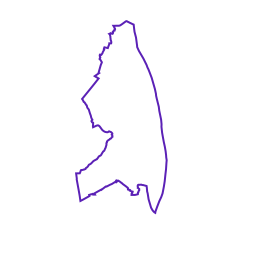 the district of Thot Not, Can Tho, Vietnam, rotated 36°
{"feature_id": "81297802B2345271224879", "entity_name": "Thot Not", "entity_type": "district", "adm_level": 2, "iso_a3": "VNM", "parent_name": "Vietnam", "parent_adm1": "Can Tho", "projection": "orthographic", "projection_center": [105.542, 10.239], "detail": "fine", "context": "isolated", "style": "outline", "palette": "violet", "viewbox_px": 256, "rotation_deg": 36, "n_neighbors": 0, "source": "geoboundaries", "source_scale": "gbopen_adm2", "svg_char_len": 5353}
<svg xmlns="http://www.w3.org/2000/svg" viewBox="0 0 256 256"><g transform="rotate(36 128 128)"><path d="M132.4,215.0L133.6,212.6L136.8,205.7L135.9,205.0L137.1,203.3L137.4,203.0L137.6,202.9L137.8,202.6L138.0,202.2L138.3,202.2L138.5,202.4L138.7,202.5L138.9,202.4L139.3,202.1L139.5,202.0L140.4,201.3L139.2,200.8L140.8,197.3L142.7,193.3L142.9,193.4L144.4,188.4L144.5,188.3L144.9,188.2L145.0,188.1L145.1,187.7L145.3,187.6L145.5,187.2L146.7,184.7L147.9,182.7L149.5,178.7L149.8,178.9L149.8,179.0L150.2,179.0L150.4,178.9L150.5,178.6L150.5,178.4L150.1,178.5L150.0,178.4L149.9,178.3L149.8,178.0L149.5,177.9L149.3,177.6L149.3,177.4L149.5,177.1L150.2,177.0L150.9,176.4L151.1,176.3L151.5,176.4L152.1,176.2L152.5,176.2L153.2,176.2L154.1,176.2L155.0,176.3L155.5,176.2L155.8,176.2L156.5,176.4L157.0,176.4L160.4,176.4L162.5,176.5L163.0,176.5L163.3,176.8L163.6,176.9L163.8,177.1L163.8,177.5L164.2,177.8L164.7,177.6L165.9,177.0L166.1,177.0L166.2,177.4L166.3,177.6L167.6,177.3L168.4,177.1L169.2,176.7L169.3,176.8L169.4,177.6L169.5,177.8L169.3,178.0L169.5,178.3L169.6,178.5L169.5,179.0L170.2,180.1L172.4,178.5L172.8,178.2L173.5,177.5L174.9,175.8L174.6,175.2L174.2,174.8L174.1,174.5L174.0,174.3L174.1,174.0L174.1,173.8L174.1,173.7L173.9,173.4L173.7,172.9L173.7,172.2L173.7,171.8L173.6,171.7L173.4,171.5L173.3,171.3L173.1,170.9L172.9,170.7L172.7,170.7L171.8,170.7L171.3,170.7L171.1,170.7L171.0,170.2L170.8,170.0L170.0,169.4L169.8,169.0L169.7,168.8L169.6,168.2L169.8,167.8L170.3,167.5L170.8,167.1L171.6,166.4L171.9,166.1L172.9,165.8L173.3,165.6L173.9,165.2L174.5,165.0L177.1,164.0L178.3,165.2L180.8,168.1L182.3,169.3L186.6,173.6L193.5,178.9L196.1,180.1L197.6,180.5L199.0,180.7L199.9,180.6L199.3,179.4L197.9,174.6L196.3,168.6L195.5,164.4L194.4,160.6L191.5,154.4L189.1,149.7L187.5,146.9L185.3,143.1L183.0,139.0L179.7,133.8L178.2,131.3L176.2,129.3L174.7,127.5L172.1,124.7L168.8,121.5L165.2,118.3L161.0,114.3L158.4,111.8L154.4,107.4L152.9,105.2L149.9,101.8L143.2,95.7L140.4,92.7L134.2,87.5L131.8,85.4L130.6,84.0L126.8,80.6L117.7,73.5L112.5,70.1L109.8,68.4L108.2,67.6L106.0,66.1L99.7,62.8L91.5,59.2L87.8,57.1L87.1,56.2L81.3,50.1L76.8,46.4L75.0,44.5L71.8,41.0L70.5,41.3L68.7,41.6L67.3,41.9L66.1,42.0L65.5,42.2L64.3,42.3L64.0,42.5L63.8,42.6L63.5,43.2L62.2,47.3L61.5,49.2L61.1,50.0L60.8,50.3L60.4,50.7L56.1,53.9L58.7,55.1L58.7,55.3L58.8,55.4L59.3,55.5L59.5,55.7L59.5,55.9L59.4,56.4L59.4,56.5L59.5,56.6L59.8,56.8L59.9,57.0L59.7,57.2L59.4,57.2L59.3,57.3L59.2,57.4L59.2,57.5L59.5,58.9L59.2,59.1L59.2,59.3L59.3,59.4L59.8,59.5L60.0,60.0L60.2,60.5L60.1,60.9L59.8,61.1L59.2,61.3L58.5,61.7L58.4,61.7L58.2,61.6L57.9,62.2L57.5,62.9L58.4,63.0L58.6,63.1L59.2,63.8L59.7,64.1L60.0,64.4L60.7,65.3L61.2,65.8L61.7,66.3L61.9,66.6L62.2,67.0L62.3,67.1L62.7,67.2L63.8,68.1L64.0,68.3L64.2,68.6L64.6,69.4L63.6,70.2L63.1,70.5L63.6,71.3L64.3,74.0L64.7,75.2L61.5,76.6L61.7,77.5L62.1,78.5L62.7,78.6L63.0,81.4L63.4,82.6L63.4,84.1L63.2,84.2L63.0,84.4L63.0,84.6L63.2,85.0L63.0,85.4L62.8,85.4L62.4,85.2L62.2,85.2L62.2,85.3L62.3,85.5L62.4,85.8L62.7,86.2L63.1,86.5L63.4,86.8L63.5,87.0L64.0,87.1L64.2,87.3L64.3,87.8L64.3,88.0L64.3,88.3L64.4,88.5L64.4,88.8L64.5,88.9L64.6,89.0L64.8,88.9L65.3,89.0L66.0,89.2L67.3,89.8L67.6,89.9L68.1,90.1L68.3,90.3L68.9,92.9L69.8,95.4L71.8,100.8L72.3,100.7L70.6,105.6L70.9,105.6L75.1,105.2L74.7,114.7L73.8,131.5L74.4,131.7L75.2,132.0L75.7,132.2L76.2,132.6L76.8,132.9L77.0,132.9L77.3,132.8L77.7,132.8L77.9,132.8L78.4,133.1L79.1,133.2L79.6,133.5L79.9,133.7L80.1,133.8L80.7,133.9L81.1,133.9L81.5,134.1L82.4,134.9L83.1,135.4L83.4,135.5L83.8,135.7L85.1,136.0L85.4,136.1L88.3,138.3L89.0,138.8L90.4,139.7L90.8,140.0L91.9,141.0L92.5,141.4L93.0,141.7L93.4,142.0L93.6,142.1L94.1,142.1L94.3,142.2L94.4,142.3L94.3,143.6L94.4,143.9L94.5,144.0L95.3,144.3L95.6,144.5L95.8,144.5L96.4,144.2L96.6,144.2L96.8,144.3L98.0,146.2L98.2,146.6L98.6,147.2L99.3,147.9L100.8,145.2L101.4,144.3L101.8,143.8L102.4,143.4L103.0,143.3L103.5,143.3L104.2,143.4L105.8,143.9L107.0,144.3L108.3,144.7L109.4,144.8L110.3,144.8L111.3,144.7L112.0,144.5L112.9,144.1L113.6,143.7L114.0,143.4L114.2,143.1L114.4,142.5L114.6,141.9L114.9,141.7L115.2,141.7L115.6,141.6L116.2,141.4L116.7,141.3L117.2,141.3L117.7,141.4L118.1,141.5L118.5,141.6L118.7,141.8L118.8,142.0L118.8,142.9L118.8,143.0L119.1,143.1L119.4,143.1L119.6,143.2L119.9,143.4L120.4,144.0L120.6,144.3L120.3,144.8L120.3,145.0L120.4,145.5L120.4,145.9L120.3,146.7L119.9,147.2L119.8,147.4L119.8,147.8L119.8,148.1L119.2,149.5L118.9,151.1L118.9,151.3L119.4,152.0L119.5,152.2L119.4,152.8L119.7,153.3L119.9,153.6L120.2,153.9L120.5,154.3L120.9,155.6L121.2,156.4L121.5,157.1L121.6,158.2L122.1,160.1L122.1,160.3L122.1,160.5L121.8,161.3L121.7,161.8L121.8,162.3L121.8,162.9L121.9,164.2L122.1,165.4L122.0,166.1L122.0,166.3L121.7,167.0L121.4,167.3L121.3,167.6L121.1,168.4L121.1,168.7L121.2,169.1L121.2,169.7L121.2,170.4L121.1,170.9L121.1,171.1L121.2,171.4L121.2,171.5L120.9,171.9L120.5,172.9L120.1,173.6L119.7,174.5L119.6,174.8L119.3,175.8L119.3,176.6L118.9,178.9L118.5,179.8L118.1,180.4L118.0,180.8L118.0,181.1L118.1,182.0L118.1,182.9L118.0,183.8L117.9,184.1L117.5,185.1L117.5,185.4L117.5,185.6L117.7,185.9L117.7,186.1L117.0,187.3L116.5,187.7L116.2,188.3L115.9,188.6L115.6,188.9L115.1,189.3L114.7,189.9L115.2,191.3L115.6,193.0L112.7,195.2L116.2,198.9L116.4,199.2L116.6,199.6L117.0,200.0L125.5,208.1L125.8,208.4L128.6,211.1L132.4,215.0Z" fill="none" stroke="#5b21b6" stroke-width="2"/></g></svg>